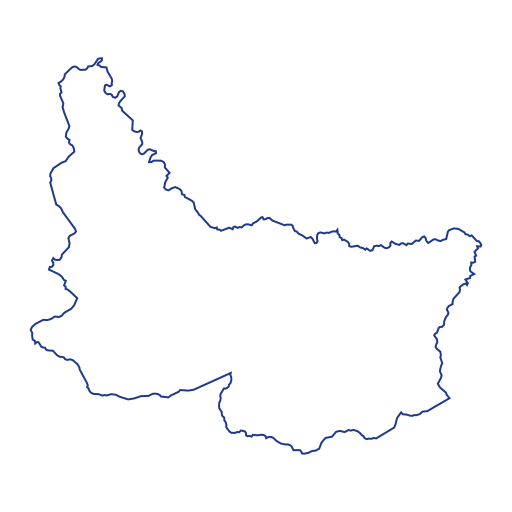 outline of Itacajá, Tocantins, Brazil
{"feature_id": "56859067B1314671145459", "entity_name": "Itacajá", "entity_type": "district", "adm_level": 2, "iso_a3": "BRA", "parent_name": "Brazil", "parent_adm1": "Tocantins", "projection": "albers", "projection_center": [-47.679, -8.502], "detail": "fine", "context": "isolated", "style": "outline", "palette": "blue", "viewbox_px": 512, "rotation_deg": 0, "n_neighbors": 0, "source": "geoboundaries", "source_scale": "gbopen_adm2", "svg_char_len": 5938}
<svg xmlns="http://www.w3.org/2000/svg" viewBox="0 0 512 512"><path d="M376.2,438.4L394.1,427.6L395.5,424.5L397.0,418.1L401.1,412.4L402.7,414.2L406.7,414.6L409.4,415.5L412.1,415.9L414.0,415.1L416.4,415.2L420.1,413.9L421.5,412.3L423.2,411.5L427.2,411.2L449.5,398.2L446.6,394.7L446.0,392.6L440.0,387.5L437.8,383.7L441.0,377.9L441.6,375.2L440.0,371.6L440.1,369.6L441.3,365.2L442.3,363.3L440.3,357.4L440.9,355.3L440.3,351.6L437.1,349.1L435.8,347.5L435.8,345.6L437.3,341.8L436.9,339.2L434.2,335.5L435.0,333.8L437.0,332.7L438.6,328.1L439.8,327.0L442.2,326.8L443.9,324.9L444.3,321.0L445.9,317.1L447.8,314.9L448.4,312.6L446.8,309.4L447.8,307.3L449.1,305.9L452.6,304.1L452.5,302.2L453.5,298.7L459.5,292.1L460.0,289.7L459.6,287.3L463.2,284.4L465.8,283.5L467.0,285.0L467.8,283.2L465.4,279.5L470.1,278.0L470.2,276.0L474.2,274.0L470.4,271.4L469.9,269.2L470.2,266.9L471.4,265.2L471.2,262.5L473.4,262.7L475.2,261.7L474.6,256.5L476.1,255.7L474.5,251.9L478.0,248.3L477.1,246.3L480.7,246.5L481.3,244.8L480.0,242.7L478.6,241.1L476.9,241.1L471.7,235.4L469.8,236.2L467.7,234.6L465.4,234.2L464.5,232.5L458.4,228.9L453.9,228.4L449.2,230.1L447.9,231.7L446.2,239.0L442.8,239.9L440.8,241.0L438.6,240.7L435.3,239.2L433.6,239.4L428.2,243.0L426.3,240.8L425.5,237.9L424.1,236.4L422.0,237.4L419.1,240.9L415.9,240.5L411.7,244.0L407.8,243.5L406.4,245.2L403.0,243.2L400.9,243.5L399.4,244.9L395.6,243.9L391.7,241.5L390.3,243.1L390.5,245.5L389.1,247.3L386.5,248.2L384.4,247.7L381.0,245.1L378.9,246.1L376.7,245.7L374.2,246.2L372.4,250.3L370.1,250.8L366.7,248.4L365.3,249.7L362.9,248.0L360.2,247.5L357.8,245.7L351.2,246.8L349.2,246.0L349.2,243.9L347.9,242.0L344.3,239.7L342.2,240.1L341.7,238.2L339.7,237.2L339.5,235.2L337.8,233.6L337.4,229.8L336.0,231.6L334.2,231.3L331.6,231.7L329.1,232.9L326.6,232.6L324.5,233.4L320.3,232.4L318.3,233.2L317.2,235.0L317.0,238.9L317.6,241.2L316.5,243.0L314.7,243.1L312.4,238.6L310.6,237.0L306.5,238.5L302.7,235.6L298.4,233.6L296.9,231.7L294.8,231.0L293.0,227.5L292.7,225.8L291.3,224.7L286.3,224.7L284.7,225.3L272.5,220.6L269.3,217.9L267.2,218.1L265.7,219.2L263.7,219.4L262.4,217.0L260.7,217.8L257.0,221.3L253.0,223.4L251.7,225.3L248.0,224.3L245.8,224.4L243.5,225.6L241.6,227.4L239.6,227.0L237.7,227.9L235.1,226.5L233.3,227.2L232.6,229.2L229.2,227.7L221.0,230.8L219.7,229.7L217.2,229.4L216.8,227.5L214.9,228.2L210.5,226.9L200.6,215.8L198.9,214.7L198.2,213.0L195.3,209.4L193.6,202.4L191.8,200.7L184.9,197.0L184.4,194.9L182.1,194.4L181.4,190.8L179.5,189.0L175.5,187.1L172.3,188.0L168.6,190.3L166.1,189.7L164.1,187.6L165.3,182.1L167.8,177.6L166.5,175.9L169.6,172.9L164.8,167.4L165.1,164.8L163.6,162.0L161.0,160.7L156.1,160.6L153.5,160.7L151.4,162.1L149.1,162.1L150.6,157.3L152.1,155.1L156.0,153.2L155.8,151.2L154.0,151.1L150.1,149.4L148.1,149.5L143.8,153.7L142.0,154.3L140.2,153.4L139.1,151.7L138.6,150.1L138.9,148.0L142.3,144.0L142.2,142.1L140.6,137.9L142.1,133.9L141.9,131.3L140.3,130.5L138.9,131.7L137.1,132.0L134.6,131.5L132.2,129.9L132.8,120.4L122.2,110.7L121.5,107.8L118.6,105.6L118.9,103.4L120.4,101.0L124.7,96.5L124.7,94.6L123.0,91.4L120.9,90.9L119.1,91.9L117.2,96.4L115.2,97.8L112.8,96.8L111.7,94.7L110.0,93.9L107.4,94.3L105.6,93.0L104.2,90.5L105.0,85.5L106.4,84.7L110.0,86.4L111.9,85.0L111.7,83.0L112.2,81.1L111.8,78.8L107.6,71.7L106.4,67.4L101.2,67.0L99.5,65.5L97.5,64.8L98.4,62.9L100.7,61.6L102.0,60.1L101.9,58.3L100.0,58.3L98.0,58.9L94.5,64.2L92.2,66.0L88.1,66.5L87.3,68.2L85.4,69.7L80.7,69.9L79.1,69.3L76.4,66.9L74.0,66.5L71.9,67.5L64.8,74.3L64.5,76.9L63.2,79.4L61.0,81.6L58.5,83.0L59.3,85.0L60.7,86.3L60.4,88.2L61.5,92.5L60.2,93.5L60.0,95.5L63.4,103.6L62.6,107.2L64.1,112.4L69.4,126.1L68.6,128.7L66.4,132.5L65.8,136.6L67.5,138.8L69.5,139.9L69.0,142.4L70.3,144.4L72.5,145.5L73.9,148.6L74.3,151.7L68.8,156.5L65.7,161.1L61.4,162.8L53.4,168.2L50.4,173.7L50.2,176.1L51.2,178.5L51.3,180.6L50.2,182.6L56.3,204.7L58.9,206.1L61.0,208.2L62.8,212.1L75.1,228.9L75.9,231.6L74.5,233.4L69.7,235.9L68.4,238.2L69.6,243.4L68.9,247.2L62.0,254.5L61.4,257.4L59.7,259.8L57.2,260.0L54.9,259.6L53.3,258.1L52.0,260.6L53.2,262.8L53.4,264.7L52.2,266.7L49.8,267.0L49.0,269.6L58.5,274.1L61.9,276.7L63.9,279.9L65.8,280.9L64.1,285.3L65.7,287.0L65.6,288.9L67.7,289.6L70.0,291.4L77.2,298.2L74.2,305.2L71.2,308.8L65.2,312.2L63.4,313.6L62.1,315.5L58.8,317.1L54.9,316.5L51.2,318.9L47.3,320.1L43.3,319.8L35.6,323.8L32.1,326.9L30.7,329.8L32.3,333.2L32.1,335.5L32.7,339.6L34.7,340.6L35.2,343.5L36.6,342.2L38.4,342.1L41.3,346.7L43.0,347.5L45.0,347.7L46.1,349.7L48.1,350.4L52.9,350.7L57.1,355.3L59.7,356.7L63.9,357.3L65.1,359.2L67.2,359.9L70.3,359.3L73.0,360.3L77.6,364.3L79.4,367.6L79.7,369.6L86.7,382.5L87.8,385.3L87.1,387.1L88.6,388.5L89.5,391.0L91.0,392.7L93.4,393.9L98.4,394.1L102.6,395.6L104.2,395.1L106.6,395.4L111.2,394.2L115.7,394.7L119.8,396.8L128.2,399.4L134.3,398.4L141.1,396.1L148.5,395.9L152.5,393.9L154.7,393.6L157.8,394.0L159.8,395.1L160.9,396.5L168.4,397.4L171.0,395.4L178.8,391.7L180.2,390.0L188.2,390.6L193.5,389.8L230.7,373.0L230.3,374.9L231.2,377.0L231.4,379.9L230.6,382.8L229.1,384.7L228.7,386.4L227.2,387.9L225.7,388.6L224.0,388.4L220.7,393.8L220.2,396.1L220.7,397.9L220.4,400.2L219.2,403.0L219.1,405.4L219.2,408.2L221.8,412.2L221.8,414.2L222.3,415.9L224.2,417.6L224.3,420.3L225.7,422.3L226.4,424.9L226.2,427.1L229.1,431.1L231.2,432.8L235.4,432.9L237.2,431.9L239.2,432.2L241.0,430.5L243.1,430.9L245.1,431.6L246.0,433.3L246.1,435.4L247.7,436.3L249.4,435.9L251.6,436.6L252.9,434.8L257.0,435.3L261.3,434.8L263.4,434.9L265.4,436.0L266.2,438.2L268.0,437.2L270.7,436.9L273.1,437.7L276.5,440.9L280.8,443.5L285.3,444.5L288.0,444.4L290.1,445.2L291.5,446.3L293.4,450.2L299.9,450.1L301.2,451.5L301.9,453.4L304.1,453.7L308.5,452.8L312.1,451.0L315.7,450.6L319.2,448.7L321.5,442.7L324.1,439.4L325.7,437.9L332.0,436.7L336.1,431.8L339.9,430.9L344.6,432.1L348.5,430.0L350.5,430.6L353.5,429.9L357.4,431.2L359.7,432.8L361.8,435.1L363.5,436.2L364.4,437.9L366.4,439.1L369.0,438.6L371.3,438.8L373.7,438.0L376.2,438.4Z" fill="none" stroke="#1e3a8a" stroke-width="2"/></svg>